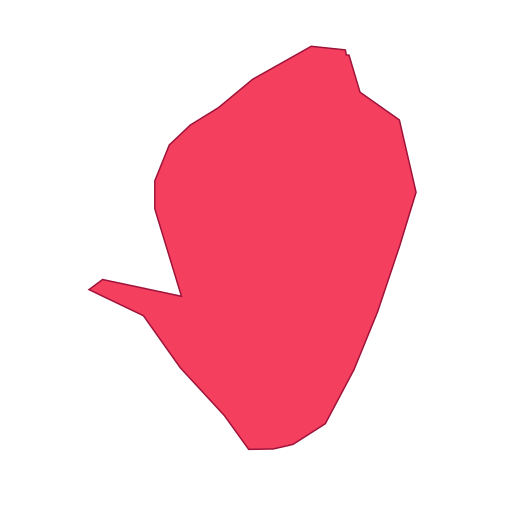 map outline of Plymouth (Albers equal-area conic projection), rotated 77°
{"feature_id": "GBR-2141", "entity_name": "Plymouth", "entity_type": "Unitary Authority", "adm_level": 1, "iso_a3": "GBR", "parent_name": "United Kingdom", "parent_adm1": "", "projection": "albers", "projection_center": [-4.124, 50.392], "detail": "fine", "context": "isolated", "style": "filled", "palette": "rose", "viewbox_px": 512, "rotation_deg": 77, "n_neighbors": 0, "source": "natural_earth", "source_scale": "10m", "svg_char_len": 498}
<svg xmlns="http://www.w3.org/2000/svg" viewBox="0 0 512 512"><g transform="rotate(77 256 256)"><path d="M251.2,426.3L244.4,410.8L278.5,337.7L187.3,344.0L160.0,337.7L128.3,315.5L113.6,290.5L103.0,259.2L83.0,219.4L64.1,155.0L75.3,122.6L80.4,122.8L81.2,120.2L119.8,117.8L155.7,85.7L191.5,85.7L229.9,85.7L278.6,113.8L337.6,150.0L388.8,186.1L435.0,226.2L447.9,262.4L447.9,282.5L442.8,306.6L404.4,322.7L347.9,354.9L288.9,379.1L251.2,426.3Z" fill="#f43f5e" stroke="#9f1239" stroke-width="1.5"/></g></svg>